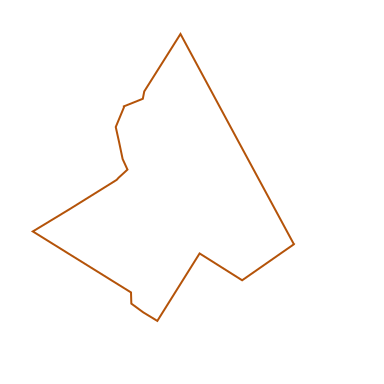 the district of Tibesti Est, Borkou, Chad, rotated 32°
{"feature_id": "50815135B39039287340708", "entity_name": "Tibesti Est", "entity_type": "district", "adm_level": 2, "iso_a3": "TCD", "parent_name": "Chad", "parent_adm1": "Borkou", "projection": "robinson", "projection_center": [18.315, 20.82], "detail": "fine", "context": "isolated", "style": "outline", "palette": "amber", "viewbox_px": 384, "rotation_deg": 32, "n_neighbors": 0, "source": "geoboundaries", "source_scale": "gbopen_adm2", "svg_char_len": 504}
<svg xmlns="http://www.w3.org/2000/svg" viewBox="0 0 384 384"><g transform="rotate(32 192 192)"><path d="M306.1,182.3L306.1,182.2L305.9,182.2L214.3,130.1L203.4,123.9L98.5,64.1L98.3,112.0L98.2,132.0L100.9,139.0L88.8,155.5L89.4,156.2L92.9,177.3L103.9,188.5L115.7,200.8L125.4,207.2L123.2,215.2L122.2,218.7L122.1,219.2L121.7,221.6L97.3,271.4L77.9,309.8L193.5,309.5L199.7,318.8L214.4,319.9L214.8,319.9L230.9,319.7L231.0,240.1L281.3,240.3L306.1,182.3Z" fill="none" stroke="#b45309" stroke-width="2"/></g></svg>